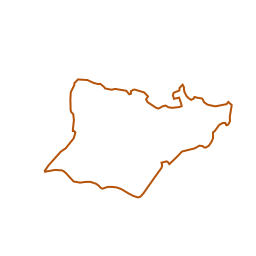 the district of Honolulu, Hawaii, United States of America, rotated 315°
{"feature_id": "52423323B23592629733445", "entity_name": "Honolulu", "entity_type": "district", "adm_level": 2, "iso_a3": "USA", "parent_name": "United States of America", "parent_adm1": "Hawaii", "projection": "mercator", "projection_center": [-157.906, 21.485], "detail": "fine", "context": "isolated", "style": "outline", "palette": "amber", "viewbox_px": 256, "rotation_deg": 315, "n_neighbors": 0, "source": "geoboundaries", "source_scale": "gbopen_adm2", "svg_char_len": 1896}
<svg xmlns="http://www.w3.org/2000/svg" viewBox="0 0 256 256"><g transform="rotate(315 128 128)"><path d="M38.9,99.4L38.4,100.3L40.8,101.9L46.6,105.9L51.3,111.2L52.0,113.4L52.2,116.2L51.7,127.3L55.5,132.8L59.5,135.8L63.3,139.4L66.0,144.9L66.5,147.8L66.4,151.2L67.0,152.8L67.3,153.0L72.0,155.3L75.4,158.7L78.1,162.2L80.1,166.6L80.9,169.8L82.3,175.5L83.2,177.9L83.6,179.6L86.0,184.2L88.6,185.4L92.9,185.1L93.4,185.0L105.4,182.9L111.1,181.9L114.8,181.3L123.4,179.9L125.5,178.8L126.9,176.7L127.2,176.2L131.8,179.0L132.1,180.9L131.7,182.8L143.5,183.0L149.5,182.8L155.2,186.2L156.1,186.8L157.7,187.7L160.6,189.5L166.0,191.0L167.9,193.5L168.2,195.6L169.1,196.8L172.4,197.7L177.1,196.9L180.8,195.4L184.2,192.1L185.1,191.2L187.3,191.5L194.5,190.3L198.0,191.3L198.5,191.4L200.4,193.3L199.6,195.0L199.7,195.8L200.9,196.4L203.6,195.8L205.2,195.0L207.7,192.2L217.6,185.1L217.4,182.1L217.4,180.5L215.7,180.7L214.5,180.8L208.6,176.8L205.4,174.7L204.5,173.6L201.1,168.4L200.6,166.9L200.0,163.7L201.1,160.5L201.1,159.3L198.2,155.3L197.6,154.3L197.5,153.9L197.4,153.7L197.2,153.2L196.8,153.1L196.7,153.1L196.1,153.3L195.6,153.5L195.0,153.6L192.6,152.8L191.9,149.7L192.0,146.8L192.1,146.4L193.4,142.4L194.7,140.5L196.3,138.8L197.2,136.0L192.9,136.1L190.8,137.8L185.2,135.4L183.0,136.5L181.1,139.9L185.6,142.6L182.9,148.2L181.4,150.5L180.7,150.2L179.0,149.4L173.4,144.9L171.7,142.6L171.2,141.8L170.5,138.8L168.0,137.2L163.4,135.9L162.2,133.7L161.2,128.9L160.1,123.5L161.0,120.6L164.5,119.8L164.6,114.3L160.1,105.9L159.1,104.9L156.0,104.0L154.4,105.9L152.7,105.1L153.1,100.4L146.4,91.1L143.5,89.4L139.8,83.9L140.1,81.8L139.6,77.2L138.0,75.9L135.5,71.7L133.2,65.4L127.0,58.3L121.8,58.4L120.3,59.7L112.9,62.2L107.5,67.0L99.9,75.0L99.1,76.8L99.1,79.5L95.3,84.2L87.3,90.6L86.9,91.1L87.7,91.9L87.7,93.9L83.1,96.5L82.3,96.9L69.6,98.3L63.7,97.2L45.6,98.2L38.9,99.4Z" fill="none" stroke="#b45309" stroke-width="2"/></g></svg>